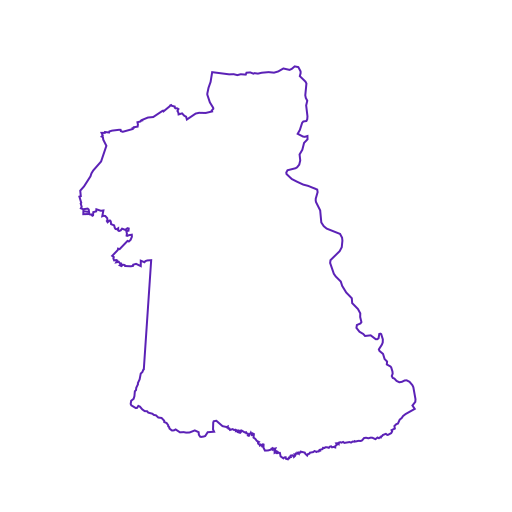 Khao Yoi, Phetchaburi, Thailand (orthographic projection), rotated 191°
{"feature_id": "78962969B82781798168468", "entity_name": "Khao Yoi", "entity_type": "district", "adm_level": 2, "iso_a3": "THA", "parent_name": "Thailand", "parent_adm1": "Phetchaburi", "projection": "orthographic", "projection_center": [99.804, 13.23], "detail": "fine", "context": "isolated", "style": "outline", "palette": "violet", "viewbox_px": 512, "rotation_deg": 191, "n_neighbors": 0, "source": "geoboundaries", "source_scale": "gbopen_adm2", "svg_char_len": 5935}
<svg xmlns="http://www.w3.org/2000/svg" viewBox="0 0 512 512"><g transform="rotate(191 256 256)"><path d="M350.8,86.9L349.9,85.6L345.0,83.8L343.8,84.2L342.9,86.4L341.2,86.0L338.5,83.8L335.7,82.5L333.2,82.8L331.9,81.7L327.6,81.4L326.0,80.5L323.8,80.5L321.1,78.8L317.8,79.0L314.7,76.8L314.4,75.5L311.9,75.0L309.9,73.1L309.6,72.0L308.6,71.5L308.0,70.1L305.3,68.7L303.4,69.1L301.8,70.4L297.0,68.4L293.4,69.3L290.8,69.3L287.5,70.1L282.8,73.1L278.7,72.1L278.0,69.7L276.4,68.0L275.4,67.9L272.9,68.8L271.5,69.6L269.8,73.8L263.6,75.5L265.1,77.6L266.2,84.3L266.0,85.7L263.5,86.7L256.4,82.6L252.1,82.5L251.2,83.2L251.1,81.9L250.2,82.0L249.9,81.2L249.0,81.4L248.3,80.3L245.9,81.6L244.3,81.0L242.9,81.6L242.2,81.3L242.2,80.4L241.1,81.0L241.0,80.1L240.4,80.0L239.8,80.5L240.2,81.2L239.6,81.4L239.2,81.2L239.7,79.6L237.8,79.4L237.2,80.4L237.5,81.8L237.0,82.0L233.5,80.7L232.1,81.1L231.7,80.1L230.2,80.1L229.4,79.3L229.7,78.3L228.7,78.1L228.4,78.5L228.9,79.6L227.7,80.6L227.4,81.6L225.9,79.4L225.0,79.8L225.2,81.1L224.1,80.8L223.8,77.3L221.7,76.3L220.0,74.7L217.7,74.0L218.4,73.0L218.1,72.3L216.9,71.6L216.2,71.8L215.9,70.8L214.9,71.6L213.9,70.6L213.2,72.5L212.6,72.4L212.1,69.3L210.1,66.7L207.1,67.4L204.5,68.7L204.1,69.7L202.7,69.0L202.6,69.5L203.2,70.0L202.9,70.6L201.9,70.1L200.2,70.8L200.6,69.0L199.1,68.4L200.5,68.0L200.2,66.5L199.1,67.6L198.4,66.4L197.3,66.6L197.1,67.7L196.1,67.1L195.0,67.3L193.6,64.0L190.5,62.6L189.7,63.7L188.5,64.1L187.9,62.7L185.9,62.5L185.7,63.4L184.9,63.7L185.1,64.5L183.5,65.2L184.1,66.0L183.9,66.7L182.2,67.3L181.2,66.6L180.7,67.3L180.3,66.2L179.6,67.2L180.2,68.6L179.3,68.5L179.1,69.8L178.0,69.8L177.9,70.7L176.2,70.0L176.4,71.3L174.9,71.5L174.8,72.5L170.6,72.3L170.0,71.4L167.7,69.9L167.3,71.4L165.9,72.1L165.6,73.2L162.5,74.4L161.3,75.7L159.2,75.2L158.7,75.8L157.2,76.1L157.0,76.8L156.0,77.1L156.4,77.9L153.9,79.1L153.6,80.5L152.1,80.6L151.4,81.5L149.8,81.8L147.9,81.6L147.3,82.8L146.0,83.5L144.9,82.7L143.5,83.4L141.7,83.2L141.9,84.6L140.5,86.3L141.5,87.4L139.9,87.9L138.9,87.2L138.9,88.7L137.7,89.3L136.5,89.1L135.0,90.1L133.6,89.4L128.7,91.2L127.1,91.0L125.7,92.3L124.0,92.5L123.8,93.1L122.8,92.9L120.2,94.1L117.9,94.4L116.7,95.2L115.2,97.9L113.3,98.6L110.9,98.5L108.7,99.6L107.1,99.8L103.8,99.0L102.1,101.0L100.6,100.6L99.6,101.7L98.8,101.7L98.7,102.8L98.0,103.1L97.3,104.5L94.6,106.2L93.0,105.4L92.2,105.7L89.5,107.9L88.9,109.7L89.7,110.9L86.8,113.1L87.7,115.5L86.2,117.7L84.7,118.6L83.7,122.8L82.1,124.7L81.1,127.0L79.0,129.4L71.0,136.2L73.9,139.1L71.8,143.2L72.1,145.8L76.5,157.2L77.8,159.0L81.3,161.8L84.4,162.7L86.3,162.2L88.8,160.3L91.2,159.4L94.2,160.2L96.8,162.1L98.5,162.4L99.8,164.1L99.4,166.5L100.0,168.6L102.0,172.4L102.9,173.2L106.9,174.5L107.2,177.4L110.1,179.4L112.6,184.1L116.7,186.4L117.6,187.8L115.5,193.1L115.1,195.3L115.6,198.4L118.2,203.2L119.0,203.5L120.1,203.0L120.0,198.7L121.0,197.5L122.6,197.2L128.3,200.0L133.7,198.3L135.8,199.9L140.0,201.4L143.7,204.6L143.8,207.5L140.6,209.7L139.9,211.2L142.1,216.0L142.7,219.6L145.8,223.4L152.6,228.1L153.9,232.8L160.5,237.4L165.7,243.1L167.9,247.1L173.8,251.1L176.2,253.4L181.9,263.3L182.1,266.1L174.8,276.7L173.5,281.0L174.1,287.5L175.0,290.4L177.7,293.7L191.9,296.4L195.2,298.2L198.3,301.4L201.7,313.0L207.4,320.4L208.0,321.9L208.3,323.7L207.7,330.5L208.6,332.9L218.4,334.8L223.3,335.1L230.1,336.8L235.6,338.4L241.7,342.3L242.2,343.7L241.4,346.2L233.9,349.7L232.6,350.9L231.0,353.9L230.8,358.2L232.6,364.0L230.8,369.1L230.4,376.2L227.7,380.4L228.4,383.6L230.8,382.3L232.6,382.2L238.4,383.9L237.0,388.1L236.1,395.6L235.2,397.1L232.3,398.1L231.8,400.0L232.1,402.8L235.5,413.4L235.3,418.2L237.3,420.7L238.3,423.2L239.4,434.9L240.7,436.6L247.3,440.9L247.1,444.1L247.5,445.8L250.5,449.5L254.2,449.5L256.6,446.5L258.6,445.1L264.9,445.3L269.4,441.4L273.3,439.4L278.7,438.9L285.3,437.0L288.9,435.4L292.4,435.2L293.3,434.5L296.7,435.1L300.3,434.1L300.7,432.1L305.7,431.5L308.8,430.0L312.6,430.2L317.0,429.2L334.1,428.1L333.8,418.2L334.7,412.1L334.8,406.3L334.6,405.1L330.6,398.0L326.3,393.3L326.0,392.4L327.2,390.3L326.7,389.5L332.7,386.8L339.2,385.7L342.4,384.3L349.9,376.8L351.2,379.4L353.2,380.0L355.8,381.9L359.0,380.2L359.6,382.0L360.8,383.4L360.2,385.4L361.4,385.9L363.2,385.6L364.0,386.1L364.3,387.2L367.5,387.4L368.1,388.0L368.9,387.5L369.2,386.6L374.4,380.3L375.0,380.9L375.5,380.6L383.4,372.8L388.5,371.3L394.0,367.7L393.7,367.3L394.9,366.7L395.1,366.0L397.9,364.7L397.0,362.6L396.9,360.4L400.5,359.1L400.4,358.5L401.6,357.9L401.3,357.1L410.5,352.5L412.5,352.8L413.0,354.0L414.4,353.8L421.2,351.6L423.7,350.3L423.8,349.2L427.9,348.9L427.9,348.0L431.1,347.4L429.5,345.2L430.3,343.8L429.0,343.5L428.1,341.0L423.9,335.6L426.1,319.2L432.1,308.9L433.3,305.7L433.7,302.6L438.1,291.5L441.0,286.6L439.4,281.3L440.7,280.6L437.7,274.9L438.1,274.1L436.5,271.0L437.0,269.4L434.6,268.9L430.3,270.4L429.1,269.7L428.3,267.3L434.0,267.1L433.5,264.1L427.7,265.4L426.7,265.0L425.7,265.4L424.3,264.3L423.7,264.8L424.1,268.0L421.4,269.3L421.6,271.4L416.8,270.8L414.5,271.6L414.5,265.7L413.3,266.4L411.6,266.5L409.3,264.8L408.6,262.8L409.1,261.9L408.1,260.8L406.5,262.9L406.0,263.0L405.2,262.3L404.3,259.6L401.1,259.0L400.0,256.7L399.0,255.7L397.8,255.7L396.6,256.9L396.2,254.8L395.2,254.4L393.7,255.3L392.7,257.3L389.4,256.7L387.4,258.8L386.2,258.7L386.0,256.5L388.0,255.6L387.0,253.4L386.9,251.3L386.2,251.2L384.7,252.2L382.0,253.2L381.5,251.2L382.2,247.9L383.6,246.0L385.0,246.3L391.2,236.7L392.8,236.9L392.8,235.5L397.2,228.7L395.4,227.8L395.5,226.3L394.4,224.6L392.4,225.4L391.4,225.1L392.0,223.1L389.6,224.1L388.1,222.8L386.9,222.9L386.6,222.3L387.9,220.9L386.2,220.4L385.1,221.9L384.2,222.1L383.1,222.0L382.6,221.2L376.9,222.0L374.9,222.8L374.9,224.0L372.2,225.4L367.2,224.1L368.2,229.4L364.3,228.6L363.6,229.9L361.8,230.9L358.1,231.9L344.5,123.3L344.9,123.0L345.4,120.4L346.7,118.6L346.7,112.7L347.7,108.7L347.4,107.6L348.4,103.8L348.2,101.5L349.1,100.1L348.6,95.2L348.9,92.4L350.9,90.1L350.8,86.9Z" fill="none" stroke="#5b21b6" stroke-width="2"/></g></svg>